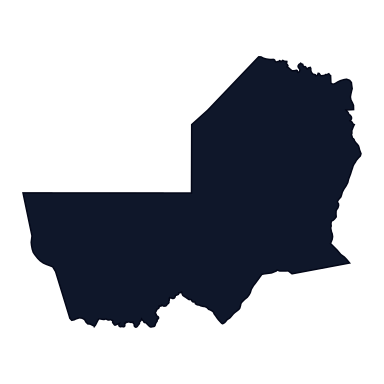 Evinayong, Centro Sur, Equatorial Guinea
{"feature_id": "11065452B18175278434840", "entity_name": "Evinayong", "entity_type": "district", "adm_level": 2, "iso_a3": "GNQ", "parent_name": "Equatorial Guinea", "parent_adm1": "Centro Sur", "projection": "robinson", "projection_center": [10.451, 1.358], "detail": "fine", "context": "isolated", "style": "filled", "palette": "ink", "viewbox_px": 384, "rotation_deg": 0, "n_neighbors": 0, "source": "geoboundaries", "source_scale": "gbopen_adm2", "svg_char_len": 5985}
<svg xmlns="http://www.w3.org/2000/svg" viewBox="0 0 384 384"><path d="M258.7,56.8L207.6,110.3L191.7,124.6L191.5,193.0L23.0,192.9L32.0,235.9L31.2,242.3L31.5,245.2L32.2,249.0L33.2,252.2L34.7,254.5L37.7,258.3L40.2,260.8L43.3,263.0L46.4,264.4L49.7,265.6L52.7,266.8L55.6,271.6L69.2,316.0L69.8,318.2L71.7,320.3L74.2,319.8L75.7,319.0L79.4,317.8L82.2,318.2L84.6,319.6L86.0,322.1L87.8,323.9L90.2,324.1L94.2,326.1L94.3,326.5L95.5,325.0L98.0,320.1L98.8,319.0L99.1,318.9L99.7,318.8L102.8,319.4L103.6,319.5L104.6,319.4L105.9,318.9L106.2,319.0L107.2,319.6L108.1,320.0L109.1,320.0L109.4,319.9L110.0,319.7L110.5,319.6L111.4,320.1L112.8,320.6L112.9,320.8L112.6,321.7L112.6,322.2L112.8,322.7L113.2,323.3L113.7,323.5L113.8,324.0L113.9,324.3L114.4,324.8L114.8,325.1L115.3,325.1L115.7,324.9L117.0,324.4L118.1,323.8L119.4,323.4L119.0,324.2L118.9,324.6L118.9,325.0L118.9,325.5L119.2,326.1L119.5,326.4L119.9,326.6L120.7,326.8L121.1,326.7L121.4,326.6L121.8,326.3L122.2,326.5L123.2,326.8L123.7,326.8L124.0,326.7L124.4,326.5L124.7,326.1L124.8,325.8L124.8,325.3L124.8,324.2L124.6,323.2L125.4,323.2L125.6,323.1L126.1,322.6L126.3,322.3L126.3,321.9L126.8,322.1L127.2,322.2L127.9,322.1L128.9,321.7L129.1,321.7L129.7,322.1L130.1,322.3L131.1,322.4L131.9,322.3L133.0,322.0L133.2,323.1L133.4,323.4L134.4,324.5L134.3,325.2L134.2,325.7L134.4,326.2L135.1,326.9L135.4,327.1L136.0,327.2L136.4,327.0L137.1,326.6L137.4,326.3L138.1,325.2L139.2,323.9L139.4,323.6L139.5,323.0L139.5,322.7L139.4,322.2L140.8,320.7L141.1,320.3L141.5,319.3L141.6,318.9L142.0,319.4L142.8,320.5L143.4,320.8L143.6,321.2L143.7,321.7L144.1,322.3L144.4,322.5L144.9,322.6L145.5,322.7L146.0,322.8L147.1,324.0L149.1,326.0L150.1,326.8L150.7,327.0L151.2,327.0L152.0,326.8L153.9,326.5L154.4,326.3L154.9,325.7L155.2,325.0L155.3,324.4L155.7,323.4L156.3,322.2L156.7,321.8L157.1,321.2L157.2,320.7L157.2,320.1L157.1,319.7L156.8,319.3L156.4,319.0L157.0,319.3L157.5,319.2L157.9,319.1L158.3,318.7L158.5,318.4L158.6,317.9L158.5,317.3L158.4,317.1L158.1,316.7L156.3,315.5L156.3,314.7L156.0,314.0L155.5,313.4L155.1,313.0L155.8,311.8L156.8,309.7L157.1,309.2L158.5,308.4L158.8,308.1L159.1,307.4L159.2,306.9L159.2,306.0L160.1,306.1L160.9,306.1L161.4,305.8L161.9,305.0L162.7,305.7L163.6,306.1L164.9,306.1L165.5,306.0L166.1,305.7L166.3,305.6L166.6,305.2L167.4,304.0L168.0,303.7L168.3,303.5L168.6,303.1L168.8,302.8L169.0,302.1L168.7,301.5L168.9,301.2L169.2,300.4L169.3,299.3L169.3,298.3L169.4,298.0L169.7,297.6L170.0,297.8L170.4,298.0L170.7,298.0L171.3,297.8L171.6,298.1L171.9,298.3L172.6,298.5L173.2,298.5L174.0,298.2L174.4,298.0L174.8,297.4L175.0,297.1L175.3,296.0L175.4,295.5L175.9,295.3L176.4,295.2L176.8,295.1L177.2,294.8L177.9,294.6L178.3,294.4L178.7,293.8L178.8,293.2L178.8,292.8L179.9,292.8L180.3,292.7L180.8,292.3L181.2,291.9L181.6,291.9L182.0,293.5L182.7,295.1L183.0,295.5L184.7,296.7L185.7,297.2L186.6,298.0L187.0,298.2L187.6,298.2L187.9,298.8L188.2,299.2L188.9,299.5L189.3,299.6L190.7,299.5L191.4,299.7L191.6,300.5L191.9,301.0L192.9,301.9L193.3,302.0L194.7,301.9L195.0,302.1L195.4,303.7L195.8,304.0L197.2,304.8L198.4,305.0L199.4,305.1L200.7,305.8L203.1,306.4L205.0,306.6L206.9,307.5L207.8,308.4L208.6,309.3L209.0,309.5L210.0,309.8L211.3,310.5L212.4,311.2L213.5,312.2L213.9,312.7L213.9,313.4L214.1,313.8L215.9,316.2L216.8,317.6L218.4,319.7L221.6,323.2L222.4,323.7L222.8,323.7L224.5,322.7L225.5,321.7L226.3,320.7L227.2,319.6L229.3,318.3L230.2,317.6L233.3,313.9L234.7,312.6L237.9,310.2L239.2,309.0L239.8,308.1L239.9,307.8L240.6,305.2L240.8,304.0L241.2,303.0L242.0,302.0L244.7,299.3L246.2,298.1L247.3,297.2L249.1,294.8L250.3,292.6L251.3,289.3L253.4,285.7L255.6,282.9L261.8,274.4L264.0,273.9L271.6,272.9L276.3,271.0L277.1,270.0L279.7,271.0L284.7,271.0L288.3,270.9L292.0,273.8L349.6,263.0L346.6,259.4L344.3,257.0L340.8,254.5L337.2,250.2L330.5,243.5L332.2,239.3L332.6,236.8L332.6,236.5L332.2,233.8L331.4,231.7L331.0,229.6L330.7,227.8L331.2,226.1L331.2,225.7L331.0,224.2L331.0,223.3L331.3,221.6L331.5,221.1L333.1,220.3L334.6,218.9L336.2,216.9L336.2,216.7L336.0,214.0L336.1,210.7L337.0,209.1L337.9,207.9L338.6,205.6L338.5,203.8L337.8,202.8L337.5,201.9L337.6,201.1L338.4,199.8L340.9,196.9L341.6,194.7L342.3,192.1L344.0,188.9L346.1,185.8L347.8,182.5L348.5,179.5L349.2,177.5L350.5,174.1L350.9,172.8L351.6,170.5L352.4,168.3L353.0,166.2L353.9,164.3L355.4,162.1L356.3,160.4L358.6,157.7L360.3,156.0L361.0,153.7L360.3,151.8L359.5,149.7L359.1,147.8L358.5,145.9L357.4,144.4L355.8,142.7L354.5,140.9L354.1,139.6L353.5,138.8L352.5,138.2L351.9,135.9L351.4,134.9L351.9,133.3L351.8,130.6L353.3,126.7L354.3,124.6L353.2,124.2L352.7,123.3L352.0,122.2L351.8,121.9L351.1,121.3L350.1,120.9L349.9,120.7L350.5,120.2L351.1,119.5L351.5,118.8L351.5,118.4L351.5,117.3L351.3,116.8L350.5,115.6L350.2,115.2L349.3,114.8L349.0,114.5L348.5,113.4L348.1,112.5L347.9,112.2L347.0,111.4L346.0,110.0L353.6,109.6L353.5,105.4L352.5,103.0L350.9,99.9L350.4,97.0L350.8,94.4L351.7,90.4L352.2,88.7L351.7,85.2L351.4,82.5L349.6,80.3L346.6,79.2L344.0,79.6L340.3,80.7L337.8,81.9L335.2,83.5L332.9,84.3L330.9,83.1L330.6,75.6L330.0,75.3L329.2,74.3L328.8,73.7L326.8,74.7L325.7,74.5L324.6,75.3L323.5,75.5L320.9,75.8L319.9,74.6L319.2,73.5L318.2,73.3L317.4,75.3L315.9,75.9L315.3,74.7L313.8,74.3L313.0,74.3L312.2,73.3L311.7,72.7L311.2,71.8L310.8,70.3L310.8,68.5L310.3,67.4L308.9,67.7L308.1,68.0L307.8,68.8L307.1,69.0L306.5,68.5L305.9,67.3L305.5,66.8L304.9,66.5L304.2,66.8L303.5,66.7L303.0,65.3L302.7,64.3L301.4,63.9L300.7,63.2L300.0,63.8L298.9,64.5L298.1,65.9L298.1,66.7L298.5,67.6L299.2,68.5L299.8,69.4L299.9,70.2L299.6,71.1L298.7,72.1L297.9,72.4L297.2,71.3L297.2,70.6L296.2,70.2L295.4,70.6L292.1,70.8L290.0,69.1L289.0,68.1L287.9,67.4L286.9,66.9L287.1,66.5L287.7,66.4L287.9,65.6L287.2,64.4L286.3,63.6L286.6,62.6L286.9,62.0L286.8,61.4L285.2,61.3L284.6,61.4L284.2,61.1L282.7,60.4L281.7,61.2L281.1,61.7L280.3,61.5L280.0,60.7L279.6,60.6L278.5,61.6L277.4,61.6L276.2,62.1L275.2,61.4L274.6,60.0L273.7,59.4L270.7,59.5L269.1,59.4L266.4,59.0L265.2,58.7L263.3,58.1L261.0,56.9L258.7,56.8Z" fill="#0f172a" stroke="#020617" stroke-width="1.5"/></svg>